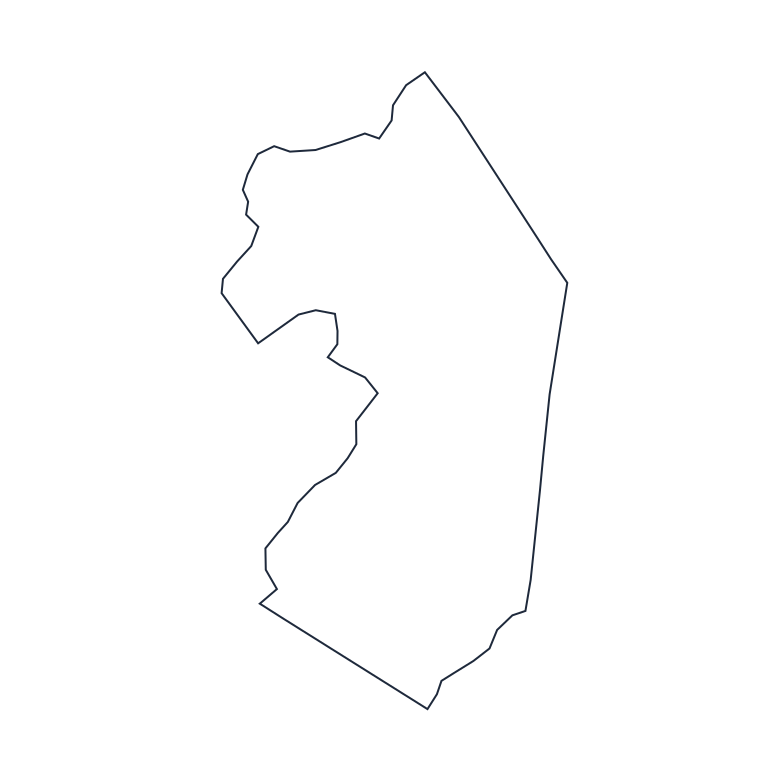 Ermo, Santa Catarina, Brazil (Mercator projection), rotated 279°
{"feature_id": "56859067B75265848961106", "entity_name": "Ermo", "entity_type": "district", "adm_level": 2, "iso_a3": "BRA", "parent_name": "Brazil", "parent_adm1": "Santa Catarina", "projection": "mercator", "projection_center": [-49.65, -28.985], "detail": "fine", "context": "isolated", "style": "outline", "palette": "slate", "viewbox_px": 768, "rotation_deg": 279, "n_neighbors": 0, "source": "geoboundaries", "source_scale": "gbopen_adm2", "svg_char_len": 919}
<svg xmlns="http://www.w3.org/2000/svg" viewBox="0 0 768 768"><g transform="rotate(279 384 384)"><path d="M591.3,223.4L569.7,216.4L553.7,214.2L542.8,221.3L529.7,221.3L519.6,235.3L499.5,231.3L481.9,219.7L462.7,208.5L448.3,209.4L404.5,253.3L439.2,288.7L446.2,305.1L445.6,324.6L429.1,329.8L416.0,331.7L401.6,324.3L395.5,337.8L387.5,364.3L373.9,379.2L360.0,371.6L342.9,362.2L320.2,366.1L305.0,359.7L288.7,350.3L273.5,331.7L253.0,317.3L232.7,310.6L220.2,302.4L203.1,292.6L182.0,296.3L164.7,310.3L147.6,295.7L136.1,322.2L69.7,477.8L85.9,484.8L99.8,487.2L109.4,498.2L124.4,515.6L139.3,529.6L158.8,534.2L175.6,547.0L182.0,559.2L213.5,559.5L303.1,554.7L338.1,552.5L399.7,549.2L473.7,549.2L512.6,549.2L533.2,529.6L551.6,513.2L659.4,416.2L698.3,375.6L682.6,359.1L660.7,349.3L645.5,350.3L625.7,340.8L628.4,325.9L616.1,303.3L604.4,279.8L598.8,254.8L601.7,238.3L591.3,223.4Z" fill="none" stroke="#1e293b" stroke-width="2"/></g></svg>